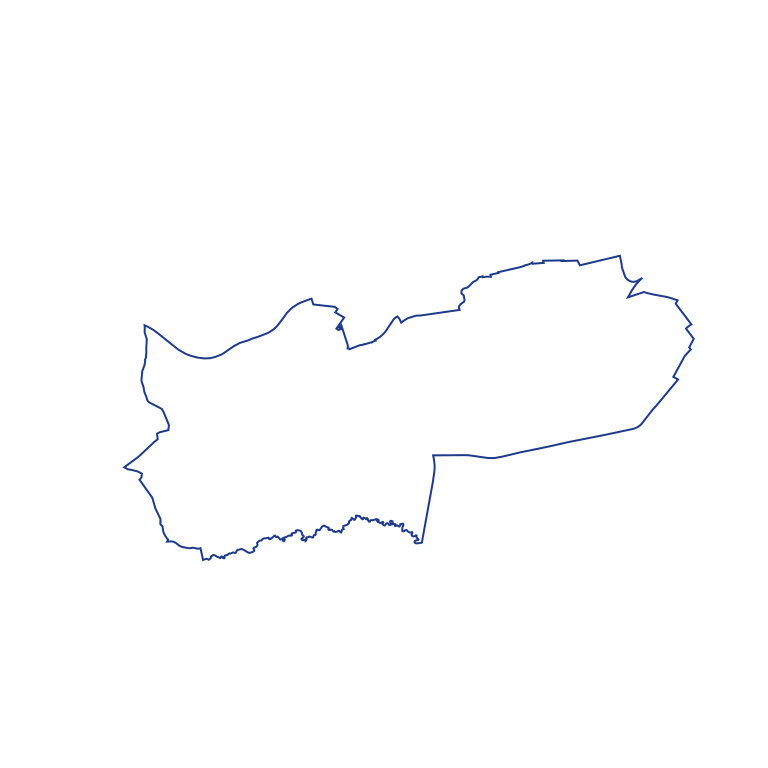 the district of Cumberland, New South Wales, Australia, rotated 314°
{"feature_id": "25037944B74007778337807", "entity_name": "Cumberland", "entity_type": "district", "adm_level": 2, "iso_a3": "AUS", "parent_name": "Australia", "parent_adm1": "New South Wales", "projection": "natural_earth1", "projection_center": [150.958, -33.837], "detail": "fine", "context": "isolated", "style": "outline", "palette": "blue", "viewbox_px": 768, "rotation_deg": 314, "n_neighbors": 0, "source": "geoboundaries", "source_scale": "gbopen_adm2", "svg_char_len": 6154}
<svg xmlns="http://www.w3.org/2000/svg" viewBox="0 0 768 768"><g transform="rotate(314 384 384)"><path d="M119.9,337.5L123.3,340.6L124.5,342.5L125.2,345.5L125.3,347.3L125.7,350.0L126.9,352.6L130.3,357.6L131.0,358.4L133.6,360.4L135.8,363.9L137.2,365.4L138.4,366.1L131.7,376.1L134.7,377.5L135.5,378.7L135.8,380.0L136.1,380.2L138.4,380.3L139.6,379.4L142.0,379.8L142.5,380.1L143.2,381.1L143.9,384.3L144.6,385.5L144.9,387.0L145.6,387.3L146.7,386.7L147.4,387.3L147.5,387.8L147.1,389.2L147.6,390.1L147.9,390.2L149.4,388.9L150.0,388.7L152.4,390.2L154.4,390.3L155.6,391.5L157.8,392.3L158.2,392.7L159.0,394.1L159.4,394.6L162.5,393.8L166.0,395.9L166.5,396.6L167.1,397.8L168.3,402.9L168.8,404.2L169.7,405.0L171.7,406.1L173.2,406.5L174.0,406.5L174.5,406.0L174.9,404.5L175.5,404.1L176.3,404.3L178.4,405.3L180.1,405.0L180.6,404.6L181.4,403.2L181.8,403.0L184.2,403.2L184.9,403.4L186.3,404.5L188.2,404.3L189.7,405.0L190.8,406.1L193.0,407.4L193.2,407.9L192.7,409.3L193.0,409.7L193.8,410.1L195.0,410.1L196.0,410.5L198.5,410.5L199.2,410.8L199.0,412.8L199.6,413.2L200.1,413.3L200.3,413.7L200.3,415.3L200.0,417.5L200.3,417.8L201.6,418.2L202.1,418.9L202.0,419.3L201.1,420.5L201.3,421.2L202.4,421.2L203.2,420.5L203.3,420.1L202.8,418.8L203.3,418.4L206.4,420.1L208.6,420.7L210.1,422.3L211.1,422.9L211.4,422.8L211.8,421.7L212.4,421.5L215.8,423.6L216.4,423.5L217.2,422.6L217.8,422.7L219.0,423.6L219.8,424.7L220.2,425.6L220.4,426.6L219.9,428.3L218.8,429.8L218.8,431.9L218.6,432.3L217.6,432.5L215.7,432.1L215.2,432.2L215.0,432.5L214.9,433.4L215.3,434.3L217.0,435.3L216.4,436.6L217.4,436.7L218.1,436.5L218.7,436.1L219.2,435.0L220.1,434.9L221.3,436.0L222.6,436.4L223.7,439.0L224.3,439.5L226.5,438.6L227.6,439.4L228.2,439.5L229.4,438.3L230.1,438.0L230.8,437.9L231.7,437.0L232.3,436.8L232.8,437.1L233.7,438.8L234.1,439.1L235.0,439.1L238.2,438.5L240.0,439.0L240.7,439.9L241.4,442.5L242.2,443.8L242.0,444.5L240.9,444.8L240.7,445.8L241.4,446.6L242.2,446.8L242.7,447.4L243.0,448.2L242.7,449.9L242.8,450.3L243.6,450.6L243.6,451.5L243.8,451.9L245.4,452.9L246.5,453.1L246.9,453.4L247.2,454.1L247.2,455.9L247.5,456.3L248.2,456.2L249.3,455.2L250.0,455.0L251.6,455.8L252.7,454.0L253.4,453.5L257.3,455.3L259.1,455.6L259.7,455.4L261.0,454.2L263.5,454.8L264.7,453.9L265.2,453.9L265.6,454.9L265.5,456.9L266.0,457.2L268.7,456.7L269.5,455.4L269.8,455.3L270.2,455.6L272.1,458.4L272.1,458.9L271.6,459.5L271.8,460.4L271.6,461.6L271.7,462.5L272.2,462.7L273.1,462.1L273.6,462.2L274.2,463.0L274.4,465.2L274.8,465.2L275.4,464.8L275.8,465.1L275.8,465.6L274.6,468.1L274.6,469.0L275.2,469.4L276.5,469.0L276.9,469.1L278.4,470.7L281.2,472.2L282.2,473.5L282.4,474.4L282.3,474.8L281.5,475.0L280.7,474.3L280.5,475.2L280.6,476.0L281.2,476.9L281.4,477.9L283.2,478.5L284.1,479.1L283.9,479.7L282.4,479.9L282.2,480.2L282.2,481.7L282.5,482.6L283.0,482.9L285.2,482.6L286.0,482.9L286.5,483.9L286.2,485.8L288.0,486.9L288.9,484.3L289.6,483.8L290.3,483.9L291.1,485.5L290.1,486.8L289.7,488.0L290.8,489.0L291.0,489.7L290.6,490.2L289.6,490.3L289.5,490.7L291.5,491.8L291.7,492.5L291.9,493.9L293.4,494.1L294.4,493.1L296.7,494.6L296.6,495.1L296.3,495.7L295.5,496.2L293.6,496.8L292.1,498.1L291.0,499.4L291.2,500.0L291.8,500.6L293.8,500.9L294.5,501.4L294.6,501.8L294.5,503.9L295.1,505.9L296.9,507.1L296.8,507.6L294.9,508.6L294.4,509.0L294.3,509.5L294.4,510.3L295.0,511.3L296.0,511.8L297.3,512.1L297.6,512.5L297.3,513.1L296.6,513.5L296.2,514.1L296.1,516.8L295.6,517.0L295.1,516.8L293.5,515.5L292.8,515.3L291.6,515.6L291.2,516.2L291.4,517.2L291.8,517.9L293.6,519.6L296.2,521.4L347.3,487.3L356.2,480.9L358.7,478.8L361.3,476.2L364.2,472.6L366.8,468.9L388.7,491.3L391.7,494.6L402.7,509.8L404.8,512.2L407.6,515.0L414.6,520.0L429.5,529.5L453.1,545.7L469.6,556.5L502.1,579.1L523.0,593.2L526.4,595.3L529.0,596.3L531.8,596.9L534.0,597.0L552.1,595.1L558.4,594.9L591.5,592.4L590.1,587.2L613.4,580.8L622.0,580.7L622.3,578.1L631.7,575.4L633.6,562.8L635.2,562.7L640.4,563.7L644.4,538.0L648.1,537.1L645.3,531.1L643.4,527.5L635.7,515.9L632.5,510.6L630.7,507.1L615.8,499.3L623.8,497.2L630.5,496.1L635.9,495.9L639.7,496.1L633.9,494.6L630.9,492.7L629.8,491.3L628.7,489.1L628.4,487.6L628.2,485.3L628.6,483.1L633.2,474.0L635.2,471.8L640.1,464.6L605.5,442.5L607.1,437.4L596.3,426.8L597.1,426.7L583.2,412.8L582.1,414.8L573.8,407.4L574.5,406.3L574.1,406.1L573.6,406.4L570.2,404.8L566.8,402.7L566.4,402.9L562.4,400.6L543.8,388.5L543.4,389.2L536.6,384.7L535.4,386.4L532.6,383.4L529.4,380.9L529.9,380.2L526.4,377.9L525.1,378.4L523.8,378.5L521.8,378.2L519.5,377.3L512.6,377.2L511.2,376.9L507.5,374.8L504.9,375.1L504.2,375.5L503.1,376.6L502.9,378.0L503.2,379.3L503.1,379.8L500.9,382.9L499.9,384.0L498.8,384.4L494.7,383.6L492.8,383.8L490.9,384.8L489.8,386.9L458.0,362.2L456.3,360.4L454.6,359.1L447.6,355.3L442.2,354.0L440.1,353.8L441.6,349.7L441.8,348.6L441.7,346.6L439.2,346.1L436.9,346.1L423.4,348.5L420.4,348.8L416.6,348.6L414.0,348.2L409.7,346.9L409.4,347.9L407.4,346.8L405.5,346.4L405.5,346.1L398.6,342.2L398.6,341.9L396.5,340.9L395.4,339.8L385.0,335.0L385.3,334.2L384.3,333.1L385.8,332.0L387.0,330.5L396.6,312.5L393.6,312.9L393.7,313.6L393.2,314.7L391.3,313.8L390.8,311.3L404.1,309.2L401.7,299.2L405.7,298.5L405.3,295.0L392.1,277.9L395.0,272.6L391.4,270.7L385.2,267.8L381.6,266.4L375.8,265.1L373.0,264.8L367.6,264.8L358.5,266.1L350.7,266.9L346.6,266.6L341.9,265.6L339.7,264.9L330.1,260.4L324.6,257.4L321.6,256.3L313.5,251.8L306.9,249.7L293.1,246.9L286.8,244.1L282.0,241.2L277.6,237.0L273.8,232.0L270.3,225.9L268.0,220.7L265.8,211.8L263.5,187.0L262.7,180.6L261.3,174.9L259.9,171.0L259.0,172.1L254.9,175.9L251.4,182.3L244.9,187.9L241.5,191.2L237.4,194.5L235.3,195.3L234.9,196.0L231.3,198.6L225.3,201.2L218.6,206.6L217.5,207.8L214.7,213.2L211.7,217.3L209.8,221.7L208.1,224.7L207.7,225.9L207.6,227.0L207.8,228.3L211.7,241.5L210.8,244.7L205.1,257.8L201.0,260.9L193.2,256.0L190.6,255.3L187.0,259.6L183.1,259.0L161.7,258.0L143.6,255.0L144.8,259.1L147.0,262.3L150.1,267.8L151.3,272.1L148.8,274.1L146.7,274.6L145.3,274.6L141.3,296.0L140.8,297.2L135.8,305.7L131.6,317.0L130.1,318.6L130.0,318.4L128.0,320.3L127.8,321.0L127.9,322.5L127.6,323.7L124.9,327.2L123.7,329.4L122.8,332.2L122.2,335.2L122.1,336.8L119.9,337.5Z" fill="none" stroke="#1e3a8a" stroke-width="2"/></g></svg>